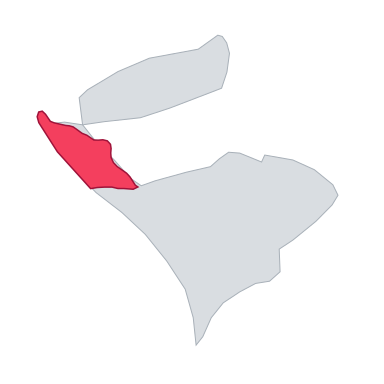 where Brunei and Muara sits in Brunei, rotated 263°
{"feature_id": "BRN-1182", "entity_name": "Brunei and Muara", "entity_type": "District", "adm_level": 1, "iso_a3": "BRN", "parent_name": "Brunei", "parent_adm1": "", "projection": "natural_earth1", "projection_center": [114.909, 4.894], "detail": "fine", "context": "in_parent", "style": "filled", "palette": "rose", "viewbox_px": 384, "rotation_deg": 263, "n_neighbors": 0, "source": "natural_earth", "source_scale": "10m", "svg_char_len": 1291}
<svg xmlns="http://www.w3.org/2000/svg" viewBox="0 0 384 384"><g transform="rotate(263 192 192)"><path d="M272.0,91.6L252.2,103.7L232.9,119.0L213.5,132.1L204.4,142.4L207.6,156.8L212.3,188.5L214.9,213.4L221.7,223.3L227.0,233.2L224.8,244.1L213.3,264.7L219.8,268.7L211.5,296.0L199.2,316.2L182.0,332.7L171.0,336.5L162.1,329.5L147.8,311.4L132.0,286.3L124.7,271.6L102.1,269.7L94.0,258.1L93.5,244.0L87.1,227.3L78.2,209.5L64.9,195.8L47.1,185.1L39.5,177.4L67.1,177.9L96.4,173.4L126.6,158.5L155.6,140.5L180.1,120.0L203.0,96.8L227.1,78.5L264.5,57.2L277.1,58.9L276.9,74.0L272.0,91.6ZM299.4,91.5L306.2,100.8L320.6,133.3L330.0,165.9L333.0,215.6L344.5,236.7L342.7,241.0L335.8,244.6L325.1,246.1L306.8,241.3L291.4,234.0L278.0,180.2L272.0,149.8L272.5,113.5L272.0,91.6L299.4,91.5Z" fill="#d9dde1" stroke="#a8b0b8" stroke-width="1"/><path d="M261.2,94.5L255.6,100.9L254.9,105.2L254.7,109.9L253.1,114.2L249.3,116.9L245.0,117.0L240.6,116.1L236.2,115.9L230.7,117.6L226.4,120.8L218.6,129.4L214.5,132.3L205.6,136.6L203.6,138.9L201.9,134.0L203.7,125.0L204.5,118.9L206.6,113.2L207.5,106.1L208.0,98.4L207.7,91.8L248.3,63.3L279.5,48.4L285.6,47.5L290.1,49.6L290.5,53.2L287.0,56.1L279.4,60.0L277.4,63.7L273.4,74.9L272.7,78.2L271.1,82.0L263.6,90.1L261.2,94.5Z" fill="#f43f5e" stroke="#9f1239" stroke-width="1.5"/></g></svg>